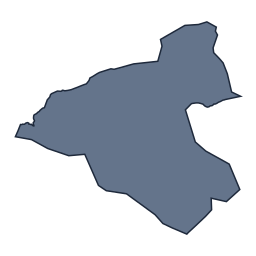 the district of Buyant, Bayan-Ölgiy, Mongolia
{"feature_id": "93677404B33301384060955", "entity_name": "Buyant", "entity_type": "district", "adm_level": 2, "iso_a3": "MNG", "parent_name": "Mongolia", "parent_adm1": "Bayan-Ölgiy", "projection": "natural_earth1", "projection_center": [89.723, 48.59], "detail": "fine", "context": "isolated", "style": "filled", "palette": "slate", "viewbox_px": 256, "rotation_deg": 0, "n_neighbors": 0, "source": "geoboundaries", "source_scale": "gbopen_adm2", "svg_char_len": 1797}
<svg xmlns="http://www.w3.org/2000/svg" viewBox="0 0 256 256"><path d="M186.8,234.1L186.9,233.9L187.6,233.3L187.9,232.9L194.4,226.9L205.6,216.3L211.6,209.8L211.2,198.2L226.4,201.6L239.8,189.5L229.2,164.1L205.8,151.1L195.3,142.0L185.4,109.8L191.4,103.7L192.0,103.5L196.2,102.9L197.3,102.9L198.2,102.9L199.2,103.1L200.5,103.4L201.8,103.8L202.7,104.0L203.2,104.4L203.5,104.7L203.7,104.9L204.3,105.5L205.0,106.1L206.2,106.7L206.7,106.9L207.6,107.1L208.0,107.0L208.8,106.8L209.5,106.5L209.9,106.1L210.5,105.8L211.2,105.7L211.8,105.7L212.1,105.6L213.1,104.9L213.8,104.1L214.0,104.0L214.3,104.0L214.5,104.1L214.8,104.1L215.6,103.9L216.7,103.4L217.4,103.0L218.2,102.4L218.8,102.1L219.5,101.9L220.6,101.4L221.5,100.9L222.4,100.4L223.1,100.1L223.7,100.0L224.2,99.9L224.7,99.8L224.9,99.6L240.6,96.3L231.6,92.0L227.3,73.7L223.1,62.9L219.2,58.4L213.7,52.7L213.1,47.8L217.5,35.0L215.4,31.2L216.3,27.1L206.9,21.9L198.5,24.5L184.9,25.4L160.5,39.4L162.0,46.2L157.8,61.3L133.6,63.9L114.1,69.3L110.9,68.8L99.6,72.4L97.3,73.6L92.7,76.5L89.9,78.0L89.1,80.4L87.7,82.2L86.4,83.8L85.7,84.1L84.4,84.5L80.3,86.1L77.4,87.3L74.2,88.5L71.1,89.7L67.8,90.4L64.8,90.8L63.1,90.3L62.3,90.3L62.0,90.8L60.9,91.3L57.9,91.1L57.3,91.1L51.5,93.7L50.5,94.7L49.8,97.0L47.3,99.8L44.4,107.7L42.6,108.2L40.1,110.3L39.3,111.4L37.5,112.5L36.7,113.5L34.2,114.8L33.7,115.8L33.5,117.9L33.6,118.8L34.5,120.7L34.3,121.5L33.3,122.5L33.2,123.1L33.7,125.1L33.9,125.8L33.3,125.9L32.3,125.2L31.6,124.3L30.6,124.5L30.0,124.2L28.9,124.1L28.8,123.2L27.9,122.7L27.2,122.6L26.3,123.0L25.6,123.2L24.6,124.2L23.8,124.3L22.7,124.1L21.7,124.6L20.5,124.5L18.0,130.8L15.4,136.7L31.5,139.6L47.7,148.5L68.8,155.7L84.8,154.3L98.5,185.5L106.3,190.7L126.5,193.8L155.1,214.7L162.9,223.5L172.4,228.0L186.8,234.1Z" fill="#64748b" stroke="#1e293b" stroke-width="1.5"/></svg>